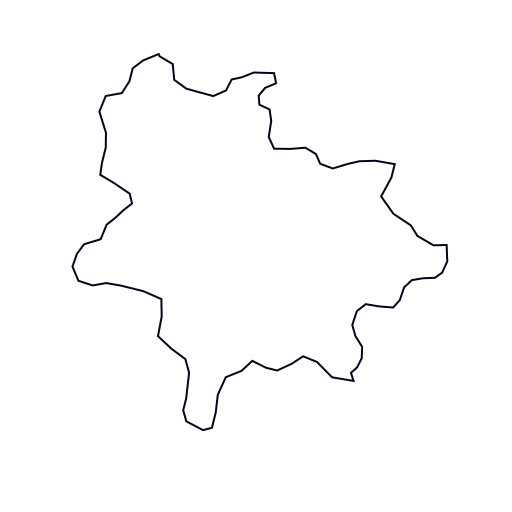 Buyeo-gun, South Chungcheong, South Korea, rotated 14°
{"feature_id": "91817680B35509676151777", "entity_name": "Buyeo-gun", "entity_type": "district", "adm_level": 2, "iso_a3": "KOR", "parent_name": "South Korea", "parent_adm1": "South Chungcheong", "projection": "robinson", "projection_center": [126.867, 36.225], "detail": "fine", "context": "isolated", "style": "outline", "palette": "ink", "viewbox_px": 512, "rotation_deg": 14, "n_neighbors": 0, "source": "geoboundaries", "source_scale": "gbopen_adm2", "svg_char_len": 1375}
<svg xmlns="http://www.w3.org/2000/svg" viewBox="0 0 512 512"><g transform="rotate(14 256 256)"><path d="M368.4,133.3L348.9,134.7L333.5,139.0L322.5,144.6L309.3,152.5L296.0,151.0L289.4,142.5L277.7,139.0L263.0,143.9L247.6,147.5L239.6,137.5L238.1,121.2L233.7,110.5L222.7,108.4L219.8,99.8L224.2,90.6L233.7,83.5L229.3,74.2L209.5,78.5L198.5,86.3L189.7,90.6L186.8,102.7L175.8,111.2L147.9,110.5L134.0,104.8L128.8,89.9L114.2,85.6L112.7,83.6L99.0,93.7L91.0,103.7L90.9,117.1L86.4,130.4L71.5,137.1L69.1,153.8L80.6,172.7L84.0,187.1L84.0,202.7L85.2,214.9L100.1,219.4L118.4,226.1L123.0,235.0L116.1,243.9L110.4,252.8L103.5,261.7L101.2,277.3L86.3,286.2L81.7,297.3L80.5,310.7L84.4,315.9L89.7,323.0L104.6,324.1L117.2,318.5L132.1,317.4L155.1,317.4L174.6,320.7L179.1,337.4L180.3,357.5L196.3,366.4L212.4,373.1L219.3,385.4L222.7,411.0L222.7,423.3L228.4,433.3L246.8,437.8L254.8,433.3L254.8,417.7L252.5,399.9L256.0,380.9L269.8,370.9L277.8,358.6L292.7,362.0L304.2,362.0L316.8,351.9L326.0,341.9L340.9,344.1L350.0,349.7L359.2,355.3L380.9,353.6L376.4,346.4L381.0,339.7L383.3,329.6L381.0,318.5L371.8,309.6L366.1,299.6L367.2,285.1L374.1,276.2L387.9,275.1L401.6,272.8L406.2,263.9L407.3,250.6L413.1,241.7L423.4,237.2L434.8,233.9L440.6,227.2L442.9,214.9L438.3,199.2L425.7,202.7L407.8,197.5L398.8,188.8L379.1,181.8L363.0,167.9L368.4,147.1L368.4,133.3Z" fill="none" stroke="#020617" stroke-width="2"/></g></svg>